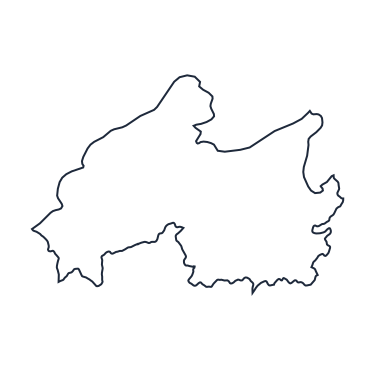 Zlatiborski, Equal Earth projection, rotated 101°
{"feature_id": "SRB-1505", "entity_name": "Zlatiborski", "entity_type": "District", "adm_level": 1, "iso_a3": "SRB", "parent_name": "Republic of Serbia", "parent_adm1": "", "projection": "equal_earth", "projection_center": [19.945, 43.584], "detail": "fine", "context": "isolated", "style": "outline", "palette": "slate", "viewbox_px": 384, "rotation_deg": 101, "n_neighbors": 0, "source": "natural_earth", "source_scale": "10m", "svg_char_len": 5968}
<svg xmlns="http://www.w3.org/2000/svg" viewBox="0 0 384 384"><g transform="rotate(101 192 192)"><path d="M155.1,289.6L147.4,283.4L145.3,280.4L141.8,272.8L139.3,269.3L127.2,257.2L118.6,244.9L115.2,242.5L87.1,230.5L81.7,226.1L78.4,219.0L78.3,211.3L82.4,205.1L87.0,205.1L89.5,200.6L91.4,194.6L94.3,190.2L96.5,189.6L101.8,190.4L104.2,190.3L106.6,189.0L111.3,185.4L113.5,184.8L117.0,186.8L120.5,191.0L123.4,196.1L125.1,200.6L126.7,203.0L128.4,200.7L131.0,194.9L133.5,194.7L141.3,197.7L142.9,196.7L143.3,195.6L142.7,194.4L141.3,193.0L140.3,190.2L140.0,186.5L140.4,182.6L141.3,179.5L146.6,174.6L146.2,167.5L141.4,152.7L137.3,143.9L116.4,122.5L105.5,105.9L99.3,98.3L92.2,93.2L89.9,91.8L92.2,89.6L92.6,87.7L91.7,84.4L91.7,82.5L92.8,80.0L94.6,78.5L98.8,77.2L101.8,77.0L104.5,78.0L109.6,81.4L114.9,86.1L117.6,87.6L120.5,87.5L123.6,86.6L134.4,85.9L146.1,87.0L151.1,86.6L156.0,84.9L164.4,79.0L167.9,75.4L169.6,71.0L168.1,66.0L165.6,63.8L163.7,64.5L162.5,66.0L161.7,66.8L159.8,65.4L156.5,61.5L149.8,57.9L148.6,56.2L150.9,55.6L151.4,55.2L151.9,54.6L154.1,50.9L155.2,50.0L157.5,49.3L160.5,48.2L161.4,48.2L164.9,49.1L165.5,49.1L166.8,48.6L167.7,47.7L168.4,46.1L169.4,44.5L169.6,43.8L169.7,43.2L169.5,42.3L171.3,42.0L173.2,42.1L175.7,43.1L177.3,43.6L177.9,43.9L178.9,45.5L180.7,47.0L185.3,48.2L187.1,48.8L188.1,49.6L189.4,51.0L190.6,51.8L191.5,52.0L193.3,51.9L194.4,52.4L195.7,54.0L197.6,55.7L198.2,56.6L198.5,57.8L198.9,58.5L200.7,60.4L201.4,61.3L201.8,62.5L201.8,63.1L201.4,64.5L201.4,64.8L201.7,65.5L202.4,66.1L203.6,66.4L206.6,66.6L207.6,66.4L208.3,65.9L208.6,65.5L208.9,64.5L209.0,63.8L209.0,62.3L208.7,60.8L208.0,58.3L206.5,55.1L205.4,53.7L203.0,52.2L201.9,51.2L201.4,50.6L201.3,49.9L201.7,49.4L203.1,48.5L204.0,48.2L205.2,48.1L206.3,48.4L207.1,48.9L209.2,50.9L212.1,52.5L212.6,52.6L213.4,52.2L215.1,50.5L217.7,49.5L218.3,48.6L218.9,46.6L219.5,46.0L220.5,45.8L224.5,46.2L225.9,46.5L227.4,47.3L228.8,48.2L229.3,48.9L229.2,49.9L228.1,51.3L227.9,52.0L228.4,53.1L229.5,54.6L230.8,55.8L232.8,56.5L235.7,58.0L237.2,59.2L238.2,59.6L240.8,59.9L243.0,60.4L243.7,57.6L244.4,56.4L246.0,55.4L249.5,52.8L250.4,54.0L251.0,54.4L251.9,54.6L254.2,54.7L255.1,54.8L260.3,57.8L261.9,61.6L262.1,62.6L262.0,63.1L261.7,63.8L260.3,65.6L259.8,66.9L259.7,68.0L259.8,68.5L260.4,69.9L260.5,70.6L260.2,71.4L259.1,72.6L258.9,73.4L259.1,74.2L259.5,74.7L262.2,76.9L262.9,77.9L262.9,78.4L262.7,79.0L262.1,80.0L260.0,82.3L259.1,84.9L259.0,85.5L259.1,85.8L259.5,86.1L261.2,86.7L261.5,86.8L261.7,87.2L261.6,87.9L260.8,89.2L260.8,90.1L261.1,90.6L262.1,91.5L265.5,93.5L266.4,93.8L267.3,93.8L268.0,95.6L268.7,97.1L268.9,97.8L268.9,98.4L268.7,98.9L267.7,100.1L266.1,101.3L265.7,101.7L265.5,102.0L265.4,102.9L265.9,104.0L268.0,106.9L271.4,109.7L273.9,111.0L276.1,111.8L279.5,113.3L275.5,114.2L273.9,114.3L271.5,114.1L270.6,114.3L270.0,114.6L269.3,115.4L268.2,117.3L266.7,118.7L266.4,119.1L265.6,121.4L265.6,122.6L265.7,123.1L266.1,123.8L266.8,124.5L268.5,125.4L269.2,126.0L269.5,127.1L269.4,128.2L269.2,129.0L269.2,130.1L270.9,132.5L272.6,133.7L273.4,134.5L274.0,135.3L274.3,136.0L274.4,136.6L274.2,137.3L272.6,138.9L272.1,140.0L272.0,140.5L272.7,143.3L272.5,146.3L273.0,148.1L273.0,149.3L273.1,149.8L273.6,150.6L277.0,152.8L278.2,153.5L281.0,154.6L281.4,155.0L281.5,155.3L281.7,157.5L282.3,159.3L282.3,160.1L281.3,162.1L280.5,164.2L279.2,165.9L279.1,166.6L279.3,167.1L280.2,168.1L282.4,169.7L283.1,170.4L283.5,171.3L283.5,172.2L283.3,172.9L282.2,175.0L281.6,177.0L280.6,178.2L279.6,178.7L278.6,178.5L274.8,176.4L273.1,175.9L270.3,175.5L269.7,175.5L268.2,176.0L267.6,176.0L266.6,175.8L265.9,175.2L264.6,175.2L264.6,176.1L265.2,177.1L265.2,180.5L265.0,182.1L265.3,183.8L265.2,184.3L264.5,185.3L263.1,186.3L261.2,186.8L260.1,186.7L257.6,185.6L256.5,185.6L255.5,186.1L250.2,190.6L247.7,191.9L246.9,192.4L243.7,195.9L242.9,197.7L242.2,198.3L238.8,199.5L238.1,199.6L237.3,199.4L236.5,199.0L235.1,197.7L232.3,195.6L228.9,193.6L228.5,195.3L228.4,196.9L228.6,197.9L229.3,199.4L229.4,200.0L229.4,200.6L228.8,201.6L226.9,202.7L226.4,203.1L226.0,203.6L225.8,204.1L225.8,204.6L226.0,205.1L227.0,206.8L227.8,208.4L228.1,209.0L229.1,210.0L230.1,210.8L231.7,211.5L235.0,212.0L237.6,213.2L238.2,213.8L239.0,215.9L239.7,216.5L240.8,216.8L244.8,217.0L246.7,217.6L247.5,218.2L248.0,218.9L248.2,219.6L248.6,221.8L248.8,222.3L249.1,222.8L249.9,223.6L250.3,224.5L250.3,225.1L249.9,227.2L249.9,228.6L250.1,229.3L251.4,232.0L252.6,233.9L253.4,234.8L253.7,235.2L253.6,235.4L253.4,235.5L255.0,237.9L257.5,241.1L257.8,241.6L258.5,243.9L258.9,244.5L261.0,246.7L263.1,249.3L263.3,249.8L263.6,251.6L264.8,253.7L265.3,255.1L267.3,257.6L267.6,258.1L267.8,258.7L267.6,259.7L267.3,260.2L266.4,261.1L266.3,261.5L266.3,262.4L266.6,263.1L267.4,264.3L268.3,265.1L270.2,266.2L272.1,268.2L272.7,268.4L273.5,268.4L276.0,267.1L280.4,266.6L283.4,265.3L284.2,265.1L288.4,265.0L290.0,264.8L292.3,264.0L295.5,263.4L297.1,262.7L298.0,262.8L299.9,263.5L302.0,265.7L302.5,266.9L302.6,267.9L298.9,272.8L298.2,274.4L297.4,276.0L296.9,277.6L296.1,279.7L295.8,283.0L295.6,283.8L294.5,284.7L289.9,288.0L289.2,288.7L289.0,289.3L289.8,292.1L290.4,293.0L292.6,294.0L293.7,294.8L294.2,295.5L294.9,297.1L295.2,297.6L295.8,298.0L298.4,298.9L300.4,300.5L302.6,301.5L303.1,302.0L304.5,304.3L305.7,305.8L298.4,307.0L294.3,308.9L292.7,309.9L291.8,310.3L290.2,310.5L287.8,310.5L285.3,310.4L282.9,310.1L282.2,310.3L281.8,310.6L279.8,313.1L278.8,314.5L277.2,315.7L276.5,316.6L276.3,317.1L276.3,317.6L277.2,319.4L277.3,320.0L277.3,321.1L276.9,321.8L275.8,322.4L273.4,322.1L271.8,322.5L268.4,324.1L267.4,325.0L266.3,326.4L265.0,328.3L264.2,329.6L263.4,331.5L262.3,332.9L261.9,333.8L260.7,337.0L260.3,339.8L260.1,340.5L259.7,341.1L258.9,342.0L251.8,335.3L239.4,326.9L237.3,324.9L235.8,322.3L234.6,319.5L233.1,317.4L230.5,316.5L228.5,317.6L223.7,322.3L221.3,323.7L214.4,324.3L207.5,323.8L202.7,322.1L198.5,318.8L194.7,314.0L188.7,303.5L187.0,303.4L185.4,305.0L182.7,305.9L178.3,305.4L169.2,302.8L164.9,300.7L161.4,297.6L155.1,289.6Z" fill="none" stroke="#1e293b" stroke-width="2"/></g></svg>